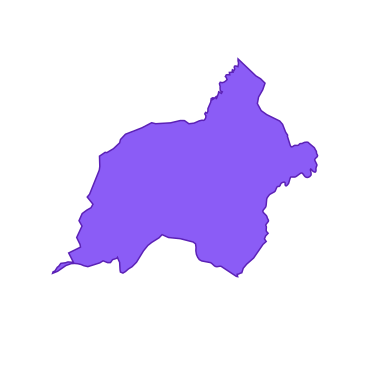 outline of HaZafon, rotated 209°
{"feature_id": "ISR-3056", "entity_name": "HaZafon", "entity_type": "District", "adm_level": 1, "iso_a3": "ISR", "parent_name": "Israel", "parent_adm1": "", "projection": "albers", "projection_center": [35.33, 32.896], "detail": "fine", "context": "isolated", "style": "filled", "palette": "violet", "viewbox_px": 384, "rotation_deg": 209, "n_neighbors": 0, "source": "natural_earth", "source_scale": "10m", "svg_char_len": 4080}
<svg xmlns="http://www.w3.org/2000/svg" viewBox="0 0 384 384"><g transform="rotate(209 192 192)"><path d="M216.2,330.7L197.7,325.9L192.4,324.5L186.9,324.3L180.9,322.6L179.7,315.7L179.8,307.3L177.7,301.0L170.9,296.7L164.1,295.9L149.7,296.6L145.6,295.1L139.1,289.7L136.0,288.1L135.5,286.9L129.0,280.7L128.3,280.2L127.2,279.6L126.9,279.7L126.5,280.0L125.9,280.6L125.3,281.9L125.0,282.2L124.8,282.6L124.4,282.8L122.3,283.9L122.0,284.2L121.7,284.5L121.5,284.9L121.4,285.4L121.3,285.9L121.1,286.4L120.7,286.9L119.4,287.7L119.0,288.0L118.8,288.4L118.6,288.8L118.1,289.4L117.5,290.1L115.9,291.2L115.0,291.6L114.3,291.7L113.8,291.5L113.4,291.4L106.7,290.1L105.7,289.6L105.0,289.0L103.5,288.2L102.8,287.7L102.4,287.1L102.1,286.6L101.7,286.1L100.2,285.1L99.8,284.7L99.7,284.3L99.6,283.7L99.7,283.2L100.3,281.3L100.4,280.2L100.3,279.6L99.9,279.2L96.9,277.1L95.9,276.3L95.7,275.9L95.6,275.4L95.5,274.9L95.5,274.3L95.3,273.6L95.0,272.6L94.0,271.0L93.7,270.1L93.7,269.5L93.9,269.1L94.3,268.9L94.8,268.8L95.9,268.7L96.3,268.8L97.0,269.0L98.3,269.5L99.3,269.7L99.4,269.3L99.0,268.5L97.2,266.5L96.5,265.4L96.1,264.6L96.2,264.0L96.4,263.0L96.5,262.6L97.0,261.8L97.3,261.4L97.9,260.8L98.2,260.6L98.7,260.4L99.2,260.3L99.7,260.2L100.3,260.2L101.3,260.5L104.2,261.8L104.7,261.9L105.2,261.8L105.6,261.6L105.9,261.3L106.6,260.1L108.3,256.3L108.8,255.5L109.1,255.2L109.4,254.9L112.7,253.1L112.9,252.5L112.8,251.4L111.7,246.5L111.7,246.0L112.0,244.4L112.3,243.5L112.5,243.1L112.9,242.9L113.3,242.9L113.7,243.1L114.0,243.4L114.7,244.6L114.9,244.9L115.2,245.3L115.6,245.4L116.0,245.4L116.4,245.2L116.7,245.0L117.3,244.3L117.9,243.6L118.2,242.8L118.3,242.3L118.3,241.7L118.1,240.3L118.3,239.6L118.5,239.1L119.7,238.4L120.0,237.8L120.1,237.0L119.7,233.2L119.8,232.7L120.1,231.9L120.3,231.6L122.6,228.0L122.9,227.3L123.1,226.3L123.4,224.0L123.4,223.0L123.3,222.2L121.0,217.0L120.5,215.7L120.3,214.7L120.3,214.2L120.9,210.8L120.9,209.9L120.7,209.4L120.3,209.1L119.5,208.6L116.1,207.6L115.3,207.3L114.9,207.0L114.2,206.5L113.9,206.1L113.3,205.6L111.4,204.3L111.1,203.7L111.0,203.2L111.5,199.8L111.5,199.0L111.2,198.5L110.3,197.9L109.9,197.3L109.5,196.5L108.7,194.7L108.1,193.9L107.5,193.5L105.9,193.0L105.4,192.8L106.3,189.3L105.9,186.1L103.1,184.7L104.5,180.6L106.1,164.1L109.2,155.4L110.2,150.2L109.3,145.5L110.3,144.5L111.5,142.8L112.6,141.9L111.0,140.1L112.1,139.8L112.3,139.7L130.5,141.1L131.5,140.7L134.0,138.7L135.5,138.2L136.8,138.3L140.0,139.1L141.6,139.2L150.1,136.4L152.8,136.4L154.0,137.0L155.3,137.6L157.9,139.6L160.1,142.4L161.7,145.6L163.8,148.4L166.8,148.8L179.6,145.5L190.5,140.8L197.5,140.2L198.6,136.0L202.8,128.4L204.7,123.9L205.9,117.0L206.5,103.6L208.2,97.6L210.3,93.9L211.6,90.2L213.1,87.6L215.8,87.3L217.1,88.9L221.2,95.4L224.1,97.5L225.5,98.7L225.6,97.6L228.7,94.3L229.1,90.7L231.6,89.3L236.4,88.7L238.3,85.3L246.9,76.2L250.9,75.1L253.9,74.8L257.1,73.9L260.2,72.5L262.9,70.8L266.6,66.6L271.1,57.5L274.5,53.3L274.8,54.8L273.6,56.5L273.3,60.9L272.6,62.4L272.1,66.0L268.3,68.8L266.6,70.7L261.6,73.0L270.3,78.9L262.8,89.7L264.4,91.8L270.8,96.3L271.7,108.9L276.9,112.1L277.6,119.9L275.2,125.2L272.7,129.3L272.7,133.3L281.2,136.8L280.5,140.4L283.7,166.2L285.0,169.6L290.3,178.5L287.2,184.6L285.6,185.1L281.7,191.8L279.1,199.9L280.0,203.3L278.2,210.3L266.9,223.9L260.9,233.0L256.9,234.1L244.4,242.0L236.8,248.9L233.2,250.8L227.8,250.2L223.6,253.2L220.1,257.8L218.1,259.6L216.5,260.3L216.0,261.2L215.9,263.4L216.8,265.4L218.7,266.5L218.7,268.2L217.2,268.2L217.2,270.2L218.5,272.7L219.2,279.7L220.5,283.0L219.5,284.5L219.2,284.6L219.1,284.0L218.8,283.0L218.2,284.0L217.2,286.9L215.8,285.0L216.6,290.7L217.2,292.5L214.1,292.5L214.1,294.3L215.3,294.2L216.3,294.2L217.9,296.6L218.4,297.8L220.5,300.0L220.5,301.7L218.5,302.3L217.1,303.8L216.3,305.6L215.8,307.4L216.7,308.0L217.2,308.5L217.8,308.9L218.8,309.1L218.8,311.1L217.4,312.1L215.8,312.8L217.3,314.7L214.2,316.7L214.7,317.2L215.1,317.1L215.5,317.3L215.9,318.5L214.2,318.5L214.2,320.2L215.6,321.6L215.8,322.7L214.8,323.5L212.6,323.9L213.6,326.9L214.2,327.8L215.3,329.0L216.2,330.7Z" fill="#8b5cf6" stroke="#5b21b6" stroke-width="1.5"/></g></svg>